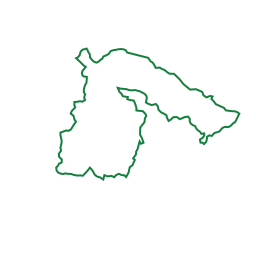 the district of Siqueira Campos, Paraná, Brazil, rotated 36°
{"feature_id": "56859067B87660188486184", "entity_name": "Siqueira Campos", "entity_type": "district", "adm_level": 2, "iso_a3": "BRA", "parent_name": "Brazil", "parent_adm1": "Paraná", "projection": "orthographic", "projection_center": [-49.788, -23.656], "detail": "fine", "context": "isolated", "style": "outline", "palette": "green", "viewbox_px": 256, "rotation_deg": 36, "n_neighbors": 0, "source": "geoboundaries", "source_scale": "gbopen_adm2", "svg_char_len": 2719}
<svg xmlns="http://www.w3.org/2000/svg" viewBox="0 0 256 256"><g transform="rotate(36 128 128)"><path d="M103.0,59.4L83.0,67.4L80.5,66.4L78.1,67.0L75.4,68.6L73.5,70.4L72.2,72.0L70.7,73.3L68.8,75.9L68.9,79.4L67.5,82.3L66.0,84.7L66.5,86.8L65.6,89.3L65.3,91.4L64.0,93.7L61.7,94.3L59.3,94.2L55.8,93.2L53.6,90.7L51.8,90.2L50.2,89.2L47.8,88.1L45.2,91.4L44.8,94.0L46.1,97.5L45.9,100.3L45.0,102.0L50.1,102.6L53.0,103.1L55.6,103.5L57.9,103.4L57.8,105.9L57.6,108.4L58.4,110.6L60.3,112.3L62.1,112.2L64.6,110.8L66.1,113.0L67.8,115.9L68.1,118.8L69.5,122.5L71.2,125.0L73.4,125.8L74.7,129.3L76.8,130.6L75.7,133.4L73.1,134.8L71.3,136.9L69.4,138.4L71.0,140.9L73.2,142.4L72.5,147.1L73.2,150.0L76.6,150.1L80.0,152.8L82.2,153.4L82.3,157.6L82.5,160.0L82.6,163.2L81.3,165.5L79.5,166.2L77.5,169.3L76.0,171.4L77.5,173.4L82.1,177.6L83.2,179.6L84.1,181.7L84.9,183.6L87.2,185.7L87.2,189.5L89.2,191.8L93.0,192.4L94.6,194.9L93.2,197.3L93.5,199.6L93.2,202.3L95.3,204.4L97.8,205.1L100.9,204.3L102.8,203.1L104.0,201.5L106.2,200.5L108.8,198.7L111.8,197.8L114.9,196.3L117.7,194.1L119.5,193.2L120.4,186.5L120.4,182.5L122.8,182.9L125.1,183.6L127.0,184.6L128.9,185.4L131.9,185.4L134.5,184.3L138.3,184.2L136.6,180.0L139.8,179.2L142.9,176.4L145.8,175.9L146.0,173.1L147.6,170.4L150.6,169.8L152.9,168.4L155.3,168.8L154.6,163.5L152.5,158.8L153.5,155.4L152.9,153.0L152.3,149.8L150.0,149.6L150.0,144.8L148.5,142.3L148.2,139.8L147.2,137.0L145.3,132.1L147.8,133.1L149.2,130.8L145.2,128.0L141.7,126.3L140.4,124.4L137.6,120.4L137.9,113.6L136.1,110.4L135.6,107.5L134.0,106.4L130.1,105.7L124.5,108.9L123.1,106.9L121.6,105.7L118.9,103.8L116.5,102.4L113.8,103.9L110.5,105.1L109.7,103.1L105.2,105.3L102.2,104.0L100.1,103.9L96.1,101.6L99.2,100.3L104.3,97.3L106.5,96.8L109.5,94.9L111.3,93.2L115.9,91.4L121.1,90.6L124.0,91.2L125.5,92.6L127.5,96.8L129.6,96.6L131.7,96.1L133.7,95.5L136.5,92.2L139.4,92.9L141.8,95.2L145.4,95.9L148.6,95.3L151.7,95.1L153.5,96.8L156.7,98.4L157.7,96.2L158.3,92.6L161.2,90.4L164.7,90.4L165.9,88.5L167.6,85.6L169.9,83.5L172.4,84.1L173.8,86.1L176.0,87.5L178.8,87.6L181.1,87.0L183.6,88.3L185.7,88.8L188.3,88.7L190.8,89.6L192.8,87.6L194.1,89.2L194.2,91.9L193.0,95.1L195.3,97.2L196.9,96.0L198.8,96.4L199.4,93.6L198.6,91.2L197.1,88.5L198.2,86.1L200.4,85.2L200.8,81.4L204.0,77.0L204.3,72.7L205.6,70.2L208.7,68.2L209.8,65.9L210.2,62.8L211.2,60.3L209.6,50.9L206.9,51.0L204.8,51.6L201.4,53.8L199.2,54.9L196.9,56.2L193.7,55.3L185.1,57.1L181.2,55.9L178.4,55.5L177.9,52.8L175.6,53.8L173.5,57.1L169.9,57.2L166.8,55.2L163.2,56.0L160.1,56.7L155.7,60.4L147.0,59.9L140.9,58.2L136.2,57.5L133.3,57.2L129.6,59.7L126.4,59.8L123.1,59.6L120.6,60.4L118.2,60.4L115.1,63.1L111.6,61.3L109.5,60.6L107.2,60.8L103.0,59.4Z" fill="none" stroke="#15803d" stroke-width="2"/></g></svg>